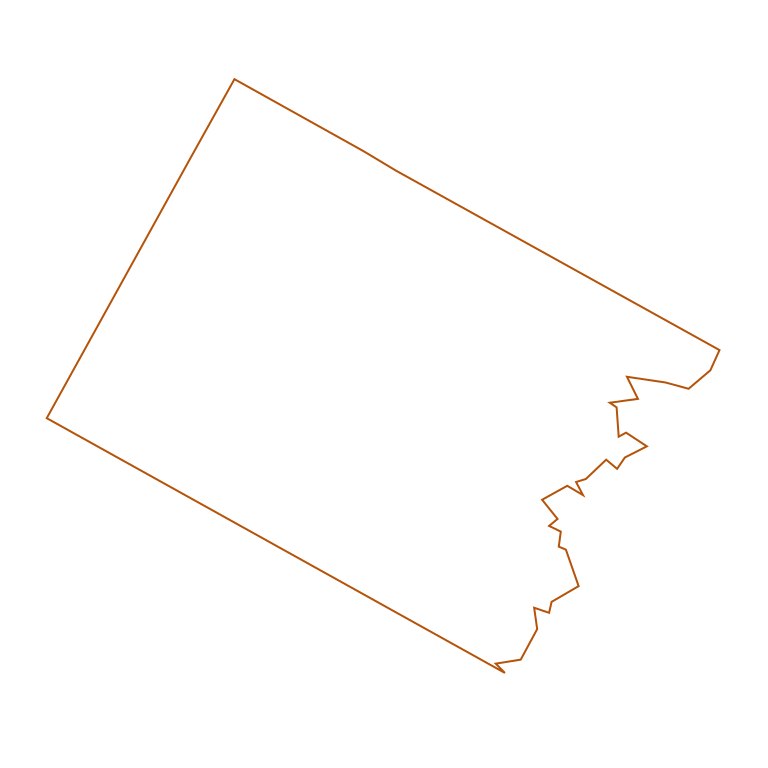 outline of McCulloch, Texas, United States of America, rotated 119°
{"feature_id": "52423323B18546494380839", "entity_name": "McCulloch", "entity_type": "district", "adm_level": 2, "iso_a3": "USA", "parent_name": "United States of America", "parent_adm1": "Texas", "projection": "equal_earth", "projection_center": [-99.373, 31.217], "detail": "fine", "context": "isolated", "style": "outline", "palette": "amber", "viewbox_px": 768, "rotation_deg": 119, "n_neighbors": 0, "source": "geoboundaries", "source_scale": "gbopen_adm2", "svg_char_len": 622}
<svg xmlns="http://www.w3.org/2000/svg" viewBox="0 0 768 768"><g transform="rotate(119 384 384)"><path d="M190.3,514.7L189.9,662.6L280.0,662.8L577.4,662.4L578.1,138.2L574.4,150.7L558.8,130.8L524.1,131.2L506.9,144.2L504.1,128.7L493.3,131.8L466.4,115.8L440.7,144.6L441.5,152.3L427.4,157.8L428.1,170.8L417.9,166.8L408.6,189.6L384.2,174.4L384.7,156.1L376.6,168.5L369.2,161.4L342.5,153.0L345.2,139.0L331.5,137.7L311.1,123.9L309.2,148.7L316.3,153.2L291.7,169.2L290.9,177.4L273.9,154.7L259.9,175.0L246.2,138.5L240.5,115.3L213.8,105.2L191.7,107.0L191.6,476.5L190.3,514.7Z" fill="none" stroke="#b45309" stroke-width="2"/></g></svg>